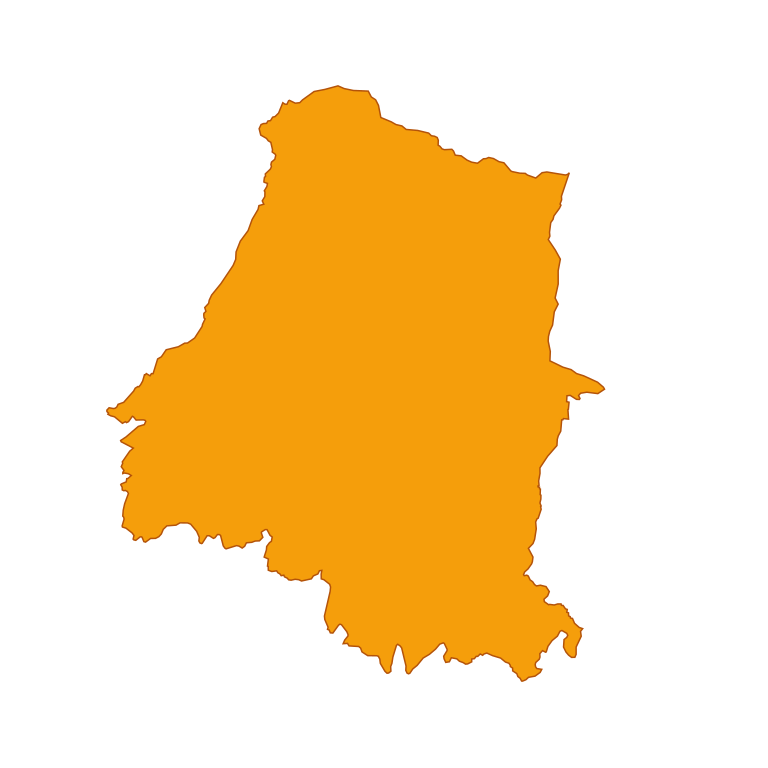 Phichai, Uttaradit, Thailand (Albers equal-area conic projection), rotated 286°
{"feature_id": "78962969B15647652968597", "entity_name": "Phichai", "entity_type": "district", "adm_level": 2, "iso_a3": "THA", "parent_name": "Thailand", "parent_adm1": "Uttaradit", "projection": "albers", "projection_center": [100.068, 17.291], "detail": "fine", "context": "isolated", "style": "filled", "palette": "amber", "viewbox_px": 768, "rotation_deg": 286, "n_neighbors": 0, "source": "geoboundaries", "source_scale": "gbopen_adm2", "svg_char_len": 6171}
<svg xmlns="http://www.w3.org/2000/svg" viewBox="0 0 768 768"><g transform="rotate(286 384 384)"><path d="M595.0,193.6L589.3,196.9L587.7,203.3L585.9,205.7L585.1,208.6L578.6,212.2L576.2,212.6L574.9,216.1L574.0,216.9L569.9,217.1L566.3,214.7L563.8,214.8L561.8,215.9L559.2,215.5L553.2,212.0L550.8,212.9L549.8,212.1L545.7,212.7L544.9,213.1L544.7,216.7L541.6,217.0L536.7,215.7L535.8,216.6L531.3,217.8L526.5,216.5L523.7,218.9L521.0,214.6L517.1,214.8L505.9,211.9L494.0,211.1L481.7,206.5L470.2,205.4L462.9,207.1L456.4,206.3L435.6,199.6L422.0,193.8L416.4,192.9L413.2,193.2L408.1,190.6L404.7,192.8L402.3,191.4L400.7,191.7L397.9,192.8L397.3,194.1L391.4,193.1L389.2,193.3L376.0,189.3L369.2,183.8L368.3,181.1L363.1,176.0L356.9,165.2L348.8,162.5L345.7,159.5L330.3,159.2L329.9,157.6L327.4,156.8L328.5,152.6L327.1,152.1L326.9,151.2L320.3,151.2L316.1,150.2L313.7,149.1L313.7,148.1L311.4,146.0L308.2,145.3L294.6,138.8L291.2,134.0L288.3,133.5L286.6,132.3L285.8,130.6L285.4,126.3L282.5,124.8L281.1,125.3L280.1,127.2L278.8,126.9L278.1,130.0L278.2,134.0L274.1,143.4L276.5,145.8L275.9,147.1L277.4,148.8L283.6,151.0L283.4,152.2L281.0,155.6L283.2,162.6L283.2,164.4L282.4,165.3L278.9,164.8L275.5,159.5L262.0,150.6L257.1,146.4L256.0,147.3L253.3,160.7L249.4,158.1L237.0,153.9L235.7,154.7L232.1,154.2L229.2,157.9L227.1,157.3L225.9,157.6L226.9,159.1L227.3,163.0L226.4,166.3L222.6,163.9L222.1,162.8L218.9,163.2L215.5,159.0L214.6,158.7L212.7,160.7L210.0,161.6L209.7,163.4L210.4,164.6L209.9,167.0L208.3,168.5L197.5,167.7L190.9,168.1L185.0,169.3L184.2,170.5L182.5,171.4L175.4,171.4L174.4,172.0L174.3,175.7L171.4,182.9L169.5,185.4L165.7,185.6L165.2,186.5L165.3,188.5L169.8,191.7L170.2,192.7L170.0,193.7L166.3,196.6L166.3,198.4L171.2,202.2L172.6,206.9L175.2,209.7L178.5,211.3L183.5,211.9L187.8,214.4L191.0,223.0L194.3,226.2L196.3,233.5L196.0,236.8L190.8,244.5L185.7,248.7L182.1,249.3L180.5,250.8L180.3,252.6L180.8,253.2L189.4,255.8L190.0,257.9L188.6,262.6L189.7,263.9L193.4,265.4L193.9,267.4L193.3,268.7L184.1,274.1L182.4,276.2L182.0,277.6L188.0,286.8L188.2,289.3L187.2,292.9L189.6,294.8L193.4,295.5L195.4,300.6L197.5,303.4L198.9,307.5L203.2,309.8L207.1,307.1L208.1,307.1L211.3,309.9L211.8,311.7L207.1,316.2L206.1,318.7L201.7,319.1L200.0,317.7L195.5,316.0L192.0,316.7L184.6,316.5L183.9,321.1L176.8,322.2L176.7,323.0L173.1,324.1L172.8,327.8L174.8,332.3L173.3,334.0L172.8,336.2L171.4,338.0L172.6,340.4L171.2,341.5L170.7,344.5L169.5,346.3L169.8,348.8L171.8,352.4L172.4,356.1L171.9,359.0L176.7,367.9L180.1,369.0L183.2,372.8L186.7,373.4L187.7,375.6L183.9,376.0L179.4,377.4L179.3,380.2L176.5,387.0L174.1,388.6L169.7,389.4L144.5,390.7L141.3,392.0L134.8,397.3L132.6,397.3L132.4,399.1L130.0,401.0L130.5,403.5L139.7,406.8L141.0,407.9L140.9,409.5L135.7,416.5L133.2,418.5L131.8,418.8L127.0,416.8L123.1,416.3L124.6,420.4L122.6,422.6L124.7,432.0L123.7,434.3L120.4,436.7L118.4,443.2L120.8,452.0L120.7,453.6L118.4,455.8L114.4,457.5L108.1,464.1L106.8,466.6L107.5,468.2L109.8,469.8L114.2,468.3L117.6,468.6L123.9,467.8L136.1,468.0L137.6,468.9L136.7,471.6L135.2,473.7L119.0,482.9L114.7,483.9L112.4,485.9L112.2,487.5L113.1,488.6L118.0,490.2L122.6,493.4L131.4,497.2L136.7,502.2L143.3,506.6L149.3,509.3L151.5,512.3L151.2,513.5L146.3,517.8L145.1,518.1L138.8,516.4L136.4,517.5L133.4,520.1L135.0,523.4L139.4,524.2L139.9,529.7L138.3,532.9L138.0,537.0L137.2,539.6L138.0,541.6L141.1,544.9L143.8,544.1L144.9,546.6L147.6,547.7L148.0,549.2L151.0,550.9L150.4,553.6L152.1,554.6L153.7,557.0L152.8,563.4L152.7,571.6L150.2,577.4L150.0,581.1L148.3,583.0L147.2,583.3L146.4,585.9L143.7,586.8L142.2,591.5L139.7,593.3L138.6,596.0L136.4,598.1L136.6,599.1L138.8,601.9L141.9,603.8L144.8,609.7L149.8,613.6L153.2,614.3L152.6,609.3L153.9,607.7L155.9,606.7L158.1,606.6L162.2,609.1L164.5,609.2L167.7,608.1L171.4,609.9L170.7,613.2L171.2,613.8L177.0,613.9L183.7,616.3L189.4,620.2L194.8,621.3L196.1,623.0L194.7,628.4L193.1,629.9L190.8,629.5L188.0,627.5L180.6,629.1L176.5,632.8L174.3,636.1L172.9,639.6L173.9,642.8L177.1,643.2L184.1,641.2L195.9,643.1L200.4,641.1L203.6,642.4L203.8,638.7L206.5,633.1L210.6,629.8L210.4,627.8L211.7,627.1L212.0,625.4L214.9,624.4L215.0,622.6L217.8,622.3L217.9,620.4L220.5,617.2L220.1,615.6L221.4,614.8L220.4,611.5L218.5,608.6L217.8,604.0L217.2,603.1L219.0,598.1L221.2,597.1L225.4,599.7L230.0,600.1L233.9,595.6L233.7,589.8L231.9,586.2L232.7,584.0L234.9,581.4L236.0,578.4L239.2,575.6L239.6,574.0L238.4,571.6L239.2,570.7L242.1,571.0L245.9,573.4L251.9,575.5L254.2,575.6L258.7,574.9L265.8,568.1L271.7,571.2L276.2,571.6L286.7,570.3L293.2,567.8L296.5,568.2L297.5,569.2L306.9,569.6L309.4,568.3L310.0,568.7L312.6,566.7L316.6,566.5L320.4,565.5L320.7,564.6L326.1,563.3L326.2,562.4L327.7,561.9L327.4,560.7L328.3,560.1L329.3,561.0L333.4,559.4L341.1,558.6L346.4,557.0L359.7,561.2L372.5,567.2L378.7,565.8L382.2,565.8L387.4,566.9L398.5,564.7L398.9,565.8L400.2,566.0L401.1,571.1L410.2,567.8L410.5,568.2L417.5,566.9L417.4,564.4L423.1,563.1L424.4,566.1L422.3,573.2L423.0,576.1L424.1,576.4L426.5,574.2L429.3,575.5L432.0,581.2L433.7,592.2L439.8,597.4L441.4,595.8L444.6,588.8L446.9,573.7L447.1,566.2L449.4,559.9L449.5,551.3L452.0,537.1L461.1,534.9L470.5,530.0L475.0,529.0L480.5,528.8L487.1,529.8L500.3,527.8L508.8,529.4L513.8,524.8L528.1,523.9L540.9,520.2L552.6,519.1L560.0,511.7L568.1,502.1L571.8,502.7L575.4,501.3L585.1,499.8L588.8,501.1L592.5,501.0L601.2,504.2L604.7,504.8L605.5,503.6L610.0,504.0L613.4,502.8L638.1,503.9L636.1,502.7L634.9,500.8L632.7,482.1L630.7,477.7L623.8,473.1L624.4,464.3L625.4,461.7L624.1,456.5L623.5,448.6L623.8,447.1L629.7,438.3L629.4,433.3L630.9,427.1L630.6,422.2L628.8,420.0L627.9,417.5L622.0,413.0L621.4,407.1L622.1,402.2L624.6,395.3L623.6,389.4L627.1,386.6L628.3,384.5L625.9,377.5L626.0,375.0L627.9,372.3L628.5,370.2L633.3,369.0L635.6,367.2L636.1,364.4L635.7,361.1L637.5,357.8L637.0,346.5L634.8,335.1L637.0,330.1L636.7,324.0L638.0,318.7L639.3,307.5L650.3,301.9L654.9,297.6L656.4,292.7L661.2,288.1L657.7,273.7L657.0,264.3L657.9,257.6L650.9,246.0L645.9,236.2L634.7,227.4L631.2,225.5L629.5,221.3L630.6,214.9L629.9,214.2L626.1,213.6L625.7,211.5L626.5,209.2L615.4,208.0L611.1,205.6L609.8,203.4L605.9,202.3L604.8,199.9L602.2,199.3L601.1,196.3L599.5,194.3L595.0,193.6Z" fill="#f59e0b" stroke="#b45309" stroke-width="1.5"/></g></svg>